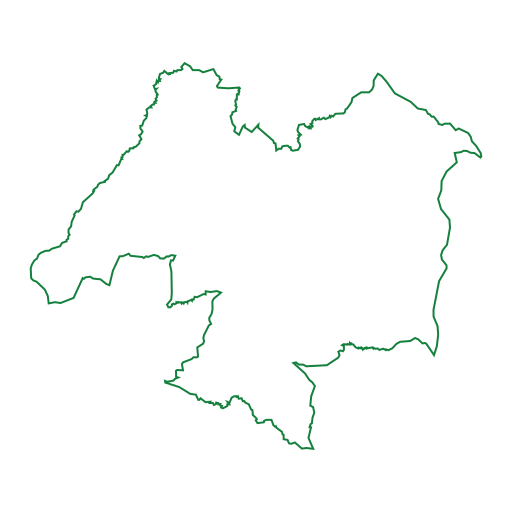 outline of Det Udom, Ubon Ratchathani, Thailand
{"feature_id": "78962969B44207183673479", "entity_name": "Det Udom", "entity_type": "district", "adm_level": 2, "iso_a3": "THA", "parent_name": "Thailand", "parent_adm1": "Ubon Ratchathani", "projection": "mercator", "projection_center": [105.038, 14.829], "detail": "fine", "context": "isolated", "style": "outline", "palette": "green", "viewbox_px": 512, "rotation_deg": 0, "n_neighbors": 0, "source": "geoboundaries", "source_scale": "gbopen_adm2", "svg_char_len": 6014}
<svg xmlns="http://www.w3.org/2000/svg" viewBox="0 0 512 512"><path d="M48.7,303.4L54.8,302.2L60.6,303.0L73.6,297.9L82.7,278.1L83.9,278.8L85.4,277.4L90.1,276.7L93.2,278.6L100.4,279.3L106.4,284.0L109.4,285.2L112.9,270.7L119.6,256.3L122.8,256.2L128.8,253.7L130.5,255.8L142.3,257.0L143.8,258.0L146.2,256.3L148.1,256.9L153.9,254.9L158.1,256.1L160.2,258.4L163.9,258.6L166.8,256.3L168.1,256.7L171.4,255.1L175.3,255.7L173.0,260.6L171.0,260.3L169.9,264.4L171.4,271.5L171.8,292.8L171.3,299.4L167.0,304.6L168.4,307.3L170.3,307.3L171.9,305.8L171.9,304.4L173.6,303.6L174.4,304.3L176.3,303.4L176.4,302.1L177.7,302.6L178.6,301.4L178.4,302.6L181.0,302.2L181.6,303.6L182.9,302.5L183.7,303.5L184.4,302.2L187.0,301.8L187.5,302.6L187.7,301.3L191.1,300.0L192.0,300.8L192.2,299.4L193.6,299.6L194.7,296.8L197.1,297.2L203.7,294.0L205.6,294.5L205.7,291.3L210.5,292.0L216.9,291.1L221.0,292.6L213.8,298.6L212.4,301.2L212.5,309.9L211.4,314.3L209.3,317.7L209.3,320.2L211.1,324.0L208.8,325.5L204.0,335.1L203.3,338.2L204.1,341.2L203.1,343.7L197.3,347.4L198.0,356.6L196.8,357.4L193.6,357.2L191.4,359.2L183.1,362.3L181.9,364.1L183.0,370.3L177.1,370.0L176.0,370.8L176.1,376.8L178.2,377.5L174.7,379.0L173.7,380.5L167.3,381.8L165.1,380.9L165.3,382.6L179.1,387.0L190.3,393.9L195.8,394.6L198.3,399.9L199.4,399.9L200.5,398.3L205.6,402.2L210.3,401.7L209.7,403.0L212.9,403.0L213.9,405.0L216.0,404.0L216.2,402.6L218.4,403.2L218.3,404.3L220.4,404.1L220.2,405.4L222.0,406.0L221.1,407.5L222.8,408.3L227.2,406.1L227.3,404.4L229.2,404.4L227.6,402.0L229.5,402.8L231.6,397.7L233.9,396.4L236.0,396.1L236.6,397.0L237.9,396.2L238.7,398.7L241.6,398.3L242.8,401.2L244.2,401.0L245.3,402.6L248.8,404.3L251.1,409.5L252.4,410.0L252.9,415.0L256.4,418.3L256.8,419.3L255.7,420.3L257.5,423.1L263.8,422.3L264.2,420.7L266.6,419.8L271.5,419.9L273.4,425.2L275.0,426.6L275.9,426.2L276.4,427.7L282.0,431.9L282.6,434.4L283.6,434.8L283.7,439.2L287.5,439.9L289.0,443.3L291.3,443.8L294.9,442.5L301.9,448.6L306.3,448.0L313.2,448.8L308.5,437.9L311.0,427.3L309.6,427.2L310.6,424.1L311.9,423.4L312.5,417.7L314.3,412.7L313.1,407.1L310.3,405.7L311.2,396.2L314.9,386.1L312.3,382.3L309.2,379.8L305.1,373.5L293.4,363.0L296.0,362.4L298.8,364.5L303.4,364.7L306.2,366.3L326.9,365.2L338.3,357.6L339.5,355.3L338.4,351.7L340.5,350.5L342.9,351.2L343.9,349.9L343.9,346.0L342.1,345.2L343.6,344.2L346.7,344.5L346.6,345.4L347.5,344.0L349.6,344.6L349.8,343.3L350.3,344.1L351.5,342.6L351.0,344.3L353.2,344.4L355.6,347.3L358.4,348.5L358.9,347.6L360.1,348.3L361.1,347.4L362.6,349.4L362.9,348.4L363.8,349.0L365.2,347.7L366.2,348.6L366.9,347.6L367.4,348.3L372.3,347.4L373.2,348.5L373.5,347.8L375.3,348.8L377.7,348.5L379.3,349.9L383.3,348.7L385.8,350.1L386.1,349.4L388.4,350.2L392.3,348.3L396.4,343.9L400.1,341.8L410.2,341.0L415.1,338.0L418.3,339.4L422.5,343.4L425.2,343.0L426.5,344.0L434.0,355.1L436.8,346.4L438.2,334.5L437.5,326.0L433.6,316.7L433.5,309.8L439.1,281.1L446.6,268.3L446.5,265.3L441.9,259.5L441.1,255.0L442.6,250.4L447.0,244.7L450.0,227.6L449.4,219.6L441.0,209.0L438.1,198.8L441.3,190.4L441.6,181.1L446.6,171.5L456.8,162.3L454.7,153.0L461.1,152.1L463.5,150.8L466.8,150.9L470.4,152.7L474.6,153.1L480.4,157.5L481.3,156.6L480.7,153.1L476.0,145.7L471.9,141.3L470.7,136.7L468.1,133.0L458.7,128.5L455.7,130.2L450.1,123.6L444.5,123.7L442.3,125.0L438.5,123.9L438.3,122.4L433.7,116.6L431.7,116.7L429.6,114.2L428.2,114.0L425.8,110.0L417.8,108.5L410.8,101.9L394.9,93.4L386.4,81.5L381.5,75.9L377.9,73.7L373.7,80.4L373.6,85.9L372.1,89.5L369.1,92.3L361.2,92.3L352.4,98.0L351.5,102.2L347.1,108.5L345.5,109.4L344.9,112.2L343.5,113.4L335.3,113.8L333.1,116.5L331.3,115.7L330.6,117.3L329.7,116.2L329.4,117.3L325.3,119.1L323.8,117.7L320.9,119.4L318.9,119.3L318.9,118.2L315.8,120.0L315.4,118.8L314.2,118.9L312.2,121.4L312.4,123.1L310.6,124.0L312.7,126.0L312.5,126.7L309.9,126.9L310.6,128.4L308.8,128.3L309.0,126.5L307.5,127.3L305.2,126.1L304.1,124.0L299.0,124.9L297.4,130.0L298.2,132.3L300.8,134.7L298.6,135.3L299.5,136.3L297.7,138.6L298.6,139.2L298.0,141.4L299.7,143.7L300.2,146.4L298.0,149.8L292.9,150.7L291.3,150.1L290.5,147.2L289.6,147.6L287.8,145.7L284.9,145.8L282.4,146.3L281.2,148.8L278.7,148.7L276.3,150.5L275.5,143.4L274.0,143.1L273.2,140.7L258.2,127.7L258.4,124.7L251.7,132.0L244.9,127.5L244.7,125.0L242.8,126.5L239.0,134.8L234.3,131.4L235.3,127.2L232.5,123.7L230.5,116.1L232.1,114.5L232.4,112.3L236.1,110.9L235.7,109.5L236.7,106.9L235.3,105.4L236.0,104.5L235.3,101.1L235.8,99.6L236.8,99.6L236.9,94.3L237.9,93.7L238.6,94.3L239.3,91.6L238.5,90.9L239.3,90.0L238.5,88.7L239.8,88.3L239.4,87.5L228.4,88.3L217.8,87.6L216.9,86.1L221.3,79.6L219.8,79.2L219.3,76.6L216.6,75.1L213.4,69.1L203.1,72.3L199.1,70.1L192.7,70.1L190.1,66.3L184.6,63.2L181.3,67.1L182.5,68.9L181.1,70.1L177.4,70.1L176.6,71.5L174.0,70.8L173.3,72.7L169.5,73.1L169.9,74.1L168.4,74.4L164.3,70.9L163.1,72.8L160.0,73.9L158.9,77.8L158.9,78.8L160.2,79.1L159.5,79.7L159.9,80.9L158.7,80.7L158.0,82.4L156.8,80.6L155.9,84.3L153.6,85.7L155.0,89.2L156.3,88.9L155.4,89.8L155.6,91.6L157.7,94.6L156.8,95.0L156.9,97.2L155.6,98.9L156.6,100.6L154.9,101.5L155.5,102.7L154.2,102.5L153.9,105.2L153.5,104.2L152.5,104.6L150.7,106.0L151.4,107.4L149.2,107.4L146.5,109.6L147.3,113.4L147.0,114.8L145.5,115.5L146.9,116.1L146.3,118.1L143.8,120.7L142.2,125.6L140.3,125.9L140.4,128.4L142.6,131.6L141.1,134.2L139.2,135.3L141.4,139.2L139.5,141.3L139.4,143.3L135.7,146.8L133.6,147.2L133.4,148.3L129.8,148.4L129.2,151.0L128.0,151.9L126.8,151.2L123.5,154.9L122.5,154.9L122.5,157.1L121.5,157.4L122.1,158.9L121.3,158.8L118.6,165.3L116.9,165.1L112.6,172.5L109.2,175.2L108.1,178.7L104.6,181.1L104.9,181.9L99.9,183.0L98.0,184.8L97.4,186.7L93.6,189.6L93.2,191.0L94.0,191.1L92.8,193.3L82.9,202.2L81.0,208.8L78.4,211.7L76.4,211.3L74.0,214.7L74.6,215.5L71.7,221.8L71.1,226.3L68.6,229.5L68.5,232.8L69.6,234.8L68.3,236.0L68.2,238.8L66.6,239.8L66.6,241.3L62.1,242.9L60.0,246.3L52.0,248.7L49.0,250.7L45.6,250.8L41.1,252.7L38.6,254.6L37.0,258.6L34.4,260.4L31.8,264.8L30.7,268.5L31.2,278.3L33.3,280.4L36.7,281.8L44.9,289.7L47.8,296.0L48.7,303.4Z" fill="none" stroke="#15803d" stroke-width="2"/></svg>